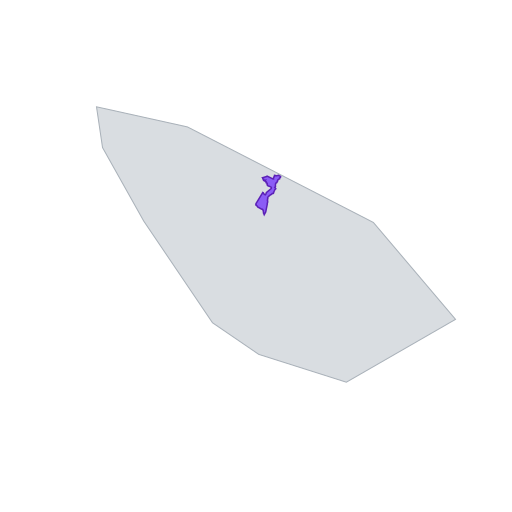 Bois Joli, Dennery, Saint Lucia shown in context, rotated 295°
{"feature_id": "8701671B16318499791123", "entity_name": "Bois Joli", "entity_type": "district", "adm_level": 2, "iso_a3": "LCA", "parent_name": "Saint Lucia", "parent_adm1": "Dennery", "projection": "natural_earth1", "projection_center": [-60.911, 13.922], "detail": "fine", "context": "in_parent", "style": "filled", "palette": "violet", "viewbox_px": 512, "rotation_deg": 295, "n_neighbors": 0, "source": "geoboundaries", "source_scale": "gbopen_adm2", "svg_char_len": 3987}
<svg xmlns="http://www.w3.org/2000/svg" viewBox="0 0 512 512"><g transform="rotate(295 256 256)"><path d="M336.0,348.2L282.9,463.6L179.8,391.2L168.0,300.1L177.1,244.8L240.2,139.5L289.4,71.1L323.8,48.4L344.0,139.3L336.0,348.2Z" fill="#d9dde1" stroke="#a8b0b8" stroke-width="1"/><path d="M338.6,243.8L338.5,242.9L338.7,242.4L337.3,240.6L337.1,240.1L337.1,239.9L337.1,239.4L337.1,239.1L337.0,238.8L336.6,239.0L336.4,239.0L336.2,238.9L336.0,238.7L335.9,238.7L335.8,238.9L335.6,239.0L334.9,238.9L334.5,239.0L334.1,239.0L334.1,238.9L333.9,238.9L333.4,239.0L333.2,239.2L333.0,238.8L333.0,238.5L333.1,232.8L333.1,232.3L333.0,232.2L332.9,232.2L332.7,232.1L332.5,231.9L332.2,231.7L332.0,231.4L331.6,231.0L331.2,230.5L330.9,230.2L330.3,229.5L329.7,228.8L329.6,229.0L329.4,229.2L329.3,229.3L329.2,229.3L329.0,229.5L328.8,229.6L328.7,229.8L328.6,230.0L328.6,230.3L328.7,230.5L328.4,230.6L328.1,230.7L327.9,230.8L327.7,230.9L327.7,231.0L327.8,231.2L328.0,231.2L328.1,231.4L328.0,231.5L328.1,231.9L328.7,232.6L328.4,232.6L328.1,232.5L328.1,232.4L327.9,232.3L327.7,232.2L327.7,232.3L327.6,232.5L327.5,232.9L327.5,233.0L327.6,233.7L327.6,233.8L327.5,234.0L327.4,234.0L327.2,234.1L326.9,234.2L326.7,234.2L326.7,234.3L326.6,234.5L326.6,234.8L326.6,235.0L326.7,235.3L326.5,235.5L326.4,235.6L326.1,235.6L325.8,235.9L325.6,235.8L325.4,235.9L325.2,236.3L324.9,236.4L324.8,236.6L324.7,236.8L324.7,237.9L324.8,238.7L324.9,238.9L324.7,240.9L323.6,241.3L320.4,239.8L317.9,238.6L316.3,238.8L315.3,238.5L315.3,238.4L315.4,238.2L315.4,237.8L315.6,237.0L315.7,236.6L315.9,236.5L315.9,236.2L316.2,236.0L316.4,235.8L316.3,235.6L316.2,235.5L316.3,235.3L303.0,233.8L303.0,233.5L302.9,233.7L302.8,234.1L302.8,234.3L302.6,234.4L302.3,234.5L302.1,234.5L302.0,234.9L302.0,235.1L301.9,235.3L301.9,235.5L301.8,235.8L301.7,236.0L301.4,236.4L301.3,236.6L301.3,236.8L301.2,236.9L301.1,237.0L301.0,237.4L301.0,237.5L301.0,237.8L301.0,238.0L301.1,238.4L301.1,238.6L301.1,238.8L301.0,239.0L301.0,239.3L300.9,239.5L300.8,241.4L300.9,241.5L301.0,241.7L301.0,241.8L301.1,242.1L301.1,242.3L301.0,242.5L300.8,242.6L300.6,242.7L300.5,242.8L300.4,243.2L300.2,243.5L299.8,243.8L299.4,243.8L299.2,243.9L299.0,244.1L298.8,244.2L298.7,244.4L298.2,244.6L297.9,244.8L297.9,245.1L297.7,245.3L297.4,245.5L297.2,245.6L297.0,245.9L296.9,246.0L300.0,246.2L307.8,244.3L308.1,244.1L308.3,244.1L308.6,243.9L308.8,243.9L309.1,243.9L309.3,243.9L309.5,243.9L309.7,243.7L309.8,243.6L310.1,243.5L310.3,243.5L310.6,243.5L310.7,243.4L310.8,243.4L311.0,243.1L311.1,242.9L311.3,242.8L311.6,242.7L311.9,242.6L312.2,242.6L312.4,242.6L312.6,242.5L312.8,242.5L312.8,242.4L313.1,242.3L313.3,242.1L313.6,242.0L313.8,241.9L314.0,241.9L314.4,241.9L314.7,242.0L314.8,242.0L315.1,242.2L315.2,242.3L315.4,242.3L315.7,242.4L315.8,242.4L316.0,242.4L316.1,242.5L316.4,242.7L316.5,242.8L316.8,242.9L317.0,243.0L317.4,243.2L317.6,243.2L317.8,243.4L317.9,243.5L318.1,243.8L318.3,243.9L318.4,244.0L318.7,244.1L318.8,244.2L319.1,244.2L319.3,244.2L319.4,244.3L319.5,244.3L319.7,244.5L319.8,244.7L319.9,244.8L320.0,244.9L320.2,245.1L320.2,245.3L322.7,245.0L322.7,244.9L322.7,245.0L322.9,245.1L323.0,245.1L323.5,245.0L323.9,245.0L324.0,245.1L324.6,245.3L324.8,245.3L325.1,245.5L325.4,245.5L326.1,244.0L326.3,244.1L326.5,244.1L326.8,244.2L327.0,244.3L327.3,244.3L327.4,244.2L327.6,244.0L328.0,243.9L328.5,243.6L328.8,243.5L329.0,243.5L329.2,243.4L329.4,243.3L329.6,243.2L330.0,243.2L330.3,243.2L330.5,243.3L330.7,243.5L330.8,243.5L331.1,243.4L331.3,243.5L331.5,243.7L331.5,243.8L331.9,243.8L332.1,243.9L332.3,243.9L332.5,244.0L332.6,243.9L332.8,243.8L332.9,243.7L333.0,243.7L333.3,243.7L333.5,243.6L333.8,243.6L334.1,243.8L334.3,243.8L334.3,243.7L334.5,243.7L334.8,243.9L334.9,244.0L335.0,244.0L335.4,244.3L335.5,244.4L335.8,244.6L335.9,244.8L336.0,244.8L336.2,244.6L336.3,244.5L336.5,244.5L336.7,244.4L336.8,244.5L337.1,244.6L337.4,244.8L337.6,244.9L337.9,244.9L338.0,244.9L338.3,244.8L338.3,244.7L338.5,244.5L338.6,243.8Z" fill="#8b5cf6" stroke="#5b21b6" stroke-width="1.5"/></g></svg>